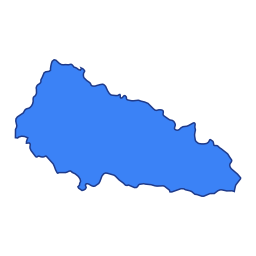 outline of Transcarpathia
{"feature_id": "UKR-293", "entity_name": "Transcarpathia", "entity_type": "Region", "adm_level": 1, "iso_a3": "UKR", "parent_name": "Ukraine", "parent_adm1": "", "projection": "equal_earth", "projection_center": [23.378, 48.491], "detail": "fine", "context": "isolated", "style": "filled", "palette": "blue", "viewbox_px": 256, "rotation_deg": 0, "n_neighbors": 0, "source": "natural_earth", "source_scale": "10m", "svg_char_len": 4548}
<svg xmlns="http://www.w3.org/2000/svg" viewBox="0 0 256 256"><path d="M15.4,137.7L15.5,129.4L16.5,127.5L16.8,125.7L15.8,121.1L16.0,118.8L17.4,116.9L23.3,112.9L23.8,112.0L24.8,110.2L25.5,109.4L26.6,108.8L29.0,108.1L30.0,107.5L31.5,105.9L32.6,103.8L33.2,101.4L33.1,98.9L33.4,97.4L34.1,96.6L34.9,96.1L35.7,95.1L36.3,93.8L36.5,93.0L36.4,89.1L36.2,88.2L36.3,87.3L36.9,85.9L37.0,85.7L37.7,84.9L39.9,83.4L40.7,82.3L40.9,81.6L40.9,80.2L41.0,79.6L42.1,77.6L44.1,72.8L45.7,71.8L49.1,71.3L50.5,70.3L50.5,68.4L50.9,65.8L51.5,63.2L52.2,61.3L54.1,59.8L55.9,60.2L59.2,63.3L61.4,64.6L63.4,64.8L65.3,64.6L68.5,64.8L70.5,64.3L71.5,64.4L72.4,65.1L74.0,67.1L75.0,67.4L76.6,68.1L78.6,69.6L80.4,70.2L81.4,68.4L81.2,68.0L82.9,68.8L84.5,70.5L84.6,71.4L83.7,72.9L83.5,73.8L83.4,74.2L83.4,75.2L83.4,75.6L83.6,76.9L83.9,77.6L84.4,78.2L86.7,80.5L89.8,82.7L90.3,83.4L90.6,83.9L90.8,84.3L90.9,84.7L91.4,85.4L91.7,85.6L92.2,85.9L92.9,86.1L94.3,86.1L95.1,86.1L95.7,85.9L96.5,85.6L100.1,84.6L102.6,84.2L103.3,84.4L103.9,84.7L104.8,85.5L105.6,86.4L107.6,90.8L109.3,93.5L109.9,94.0L110.5,94.6L111.3,95.0L112.2,95.2L116.3,95.6L117.5,95.5L118.3,95.3L119.2,94.6L119.6,94.5L119.9,94.5L120.2,95.1L120.2,95.5L120.3,96.8L120.3,97.2L120.4,97.5L120.5,97.7L120.7,97.9L120.8,98.0L121.3,98.0L122.0,97.8L122.4,97.5L123.8,95.9L124.1,95.7L124.6,95.6L125.1,95.7L125.9,96.5L126.3,97.0L126.4,97.5L126.4,98.1L126.4,98.6L126.6,98.9L126.8,99.3L127.0,99.6L127.7,99.9L128.8,100.2L131.3,100.7L133.1,100.8L137.8,100.3L138.7,100.3L140.9,101.1L144.6,102.0L148.0,103.4L153.6,109.0L155.2,110.2L156.0,110.3L156.7,110.4L158.0,110.0L159.0,109.8L160.1,109.8L161.3,109.9L162.3,110.2L162.7,110.5L163.1,110.9L163.3,111.9L163.3,112.5L163.1,113.5L163.1,114.0L163.1,114.5L163.2,114.9L163.5,115.4L164.1,116.0L169.1,119.5L169.9,119.9L170.6,120.1L171.8,120.3L172.2,120.4L172.6,120.6L173.3,121.1L173.6,121.3L174.0,121.8L174.4,122.4L175.0,123.6L175.2,124.3L175.3,125.0L175.1,125.9L175.0,126.3L174.8,126.7L174.6,127.6L174.5,128.1L174.5,128.5L174.6,128.9L174.9,129.3L175.4,129.7L176.4,130.1L177.1,130.2L177.7,130.2L178.5,129.9L179.3,129.5L179.6,129.2L181.0,127.8L182.9,126.7L186.9,126.2L188.6,125.5L193.0,123.1L193.4,122.9L193.9,122.9L194.4,122.9L194.7,123.2L195.0,123.6L195.1,124.4L195.1,125.0L194.9,126.0L194.9,126.7L194.9,127.5L195.0,128.0L195.2,128.8L195.4,129.6L195.4,130.1L195.3,130.5L195.2,131.0L195.1,131.4L194.6,134.3L194.6,135.3L194.7,136.6L195.3,140.1L195.5,140.6L195.8,141.1L196.4,141.8L197.5,142.7L198.2,143.2L198.8,143.5L201.5,143.9L203.9,143.9L205.9,143.6L206.7,143.4L207.1,143.2L207.8,142.7L208.4,142.2L208.9,141.5L209.1,141.1L209.6,140.0L209.9,139.7L210.2,139.6L210.6,139.7L210.9,139.9L211.5,140.4L212.6,141.1L213.0,141.6L213.3,142.3L213.6,143.7L213.7,144.5L213.9,145.1L214.1,145.4L214.5,145.5L216.8,145.6L217.4,145.8L218.0,146.2L218.8,147.0L219.7,147.8L221.5,149.0L227.3,153.6L227.7,154.0L228.0,154.4L229.7,157.2L231.5,159.8L231.7,160.2L231.7,160.7L231.5,161.5L231.0,162.4L230.5,163.0L230.1,163.7L229.9,164.2L229.8,164.6L229.7,165.1L229.8,165.7L229.9,166.4L230.4,167.5L230.8,168.1L231.3,168.8L237.5,174.1L240.6,177.8L240.6,178.2L240.5,178.8L235.9,184.8L235.4,186.1L234.5,190.2L234.3,191.5L233.6,191.2L231.8,190.8L226.7,190.9L221.6,189.8L219.9,189.9L217.8,190.8L214.3,193.5L209.9,193.6L203.8,196.2L201.9,196.2L196.6,194.4L196.4,194.5L194.8,194.2L191.6,191.5L189.8,190.8L185.3,189.7L183.8,188.8L181.0,188.7L171.9,191.9L170.0,191.9L169.4,190.1L164.7,186.4L163.2,185.8L157.0,186.1L154.9,185.8L151.2,184.7L145.4,184.1L143.7,183.7L140.3,184.2L139.3,184.4L138.4,185.2L138.0,185.9L137.5,186.6L137.0,187.1L136.7,187.3L136.4,187.5L134.5,187.6L128.7,185.1L128.4,185.1L128.1,185.1L127.4,185.4L126.7,185.4L126.1,185.3L125.4,185.1L123.4,183.1L119.1,179.9L115.4,176.1L113.9,175.1L107.6,173.3L105.6,173.0L103.7,173.8L101.9,176.1L99.9,181.5L98.7,183.5L94.9,186.1L93.4,186.3L92.0,185.9L90.6,185.2L89.2,184.3L87.6,183.7L86.2,183.8L85.4,185.1L86.2,187.5L85.4,189.0L83.8,190.0L82.0,190.5L78.7,188.2L77.9,186.8L79.5,185.1L79.7,183.3L80.3,182.2L80.6,181.1L80.0,178.9L79.0,177.3L77.9,176.0L75.2,173.8L72.0,172.3L71.7,171.7L70.2,170.9L68.7,171.3L67.1,172.1L65.5,172.6L59.0,172.6L57.8,173.2L57.6,173.1L57.1,172.7L55.6,169.9L54.3,166.3L53.2,163.9L46.5,156.4L46.2,156.2L45.8,156.1L45.4,156.2L43.7,156.9L42.3,157.0L40.9,156.8L39.1,156.2L38.7,156.1L38.4,156.2L38.0,156.3L37.3,156.8L36.6,157.0L35.9,156.8L35.4,156.3L31.0,150.5L30.0,148.1L30.0,146.5L30.2,145.2L30.2,144.1L29.5,143.1L28.9,143.0L26.4,143.2L26.5,141.3L27.8,137.8L24.6,136.5L21.6,136.2L18.6,137.1L17.7,138.0L15.4,137.7Z" fill="#3b82f6" stroke="#1e3a8a" stroke-width="1.5"/></svg>